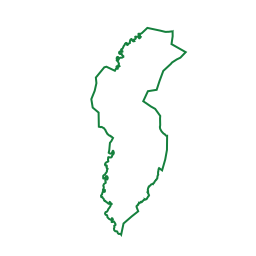 the district of Orxon, Bulgan, Mongolia, rotated 105°
{"feature_id": "93677404B53654733143860", "entity_name": "Orxon", "entity_type": "district", "adm_level": 2, "iso_a3": "MNG", "parent_name": "Mongolia", "parent_adm1": "Bulgan", "projection": "equal_earth", "projection_center": [103.912, 48.721], "detail": "fine", "context": "isolated", "style": "outline", "palette": "green", "viewbox_px": 256, "rotation_deg": 105, "n_neighbors": 0, "source": "geoboundaries", "source_scale": "gbopen_adm2", "svg_char_len": 5780}
<svg xmlns="http://www.w3.org/2000/svg" viewBox="0 0 256 256"><g transform="rotate(105 128 128)"><path d="M205.8,96.6L201.9,99.4L201.2,99.5L200.6,99.2L200.5,98.9L200.3,98.8L199.9,98.5L199.3,98.6L199.1,98.2L198.5,98.2L198.0,98.0L197.7,98.0L197.6,97.7L197.4,97.8L197.4,97.3L196.6,96.9L196.5,96.6L196.3,96.5L196.3,96.4L196.2,96.4L196.2,96.2L195.9,96.1L195.9,95.8L196.0,95.6L195.7,95.3L195.2,95.3L194.9,94.9L193.4,94.2L193.3,93.8L193.0,93.3L192.8,93.1L192.6,93.2L192.7,92.9L192.6,92.6L192.2,92.4L192.1,91.9L191.4,91.5L191.2,91.3L190.5,91.3L189.4,90.9L189.1,90.9L188.7,90.5L187.5,90.3L187.3,90.6L186.8,90.8L186.1,91.6L185.9,91.5L185.2,91.8L184.9,92.2L184.6,92.2L184.6,92.4L184.2,92.2L183.8,92.3L183.7,92.5L183.4,92.4L183.1,92.6L182.6,92.9L180.7,93.0L179.7,92.6L179.2,92.8L178.6,92.4L178.3,92.0L177.8,91.6L177.6,91.6L176.9,91.2L176.4,90.9L176.3,90.6L176.0,90.2L175.3,89.6L175.2,89.3L175.3,89.2L174.7,89.0L174.0,88.5L173.3,88.5L172.1,88.1L171.3,87.6L170.8,87.6L170.5,87.2L169.7,87.0L169.3,86.7L168.7,86.7L168.2,86.8L167.9,87.0L167.6,86.9L166.8,87.0L166.0,87.0L165.7,86.8L165.3,86.7L164.7,87.0L163.6,87.4L163.2,87.4L162.3,87.6L161.7,87.5L160.6,87.8L160.0,87.6L159.1,87.8L158.7,87.6L160.1,84.1L148.8,83.9L139.1,84.7L125.4,88.2L125.6,88.7L125.6,89.1L125.1,90.1L124.5,90.9L124.2,92.2L122.6,94.7L120.5,96.7L118.7,97.5L117.9,97.5L116.7,97.7L110.5,99.5L108.0,100.0L102.5,106.7L101.3,111.4L98.2,120.2L87.3,118.3L83.7,110.2L74.4,109.7L63.7,108.7L55.2,103.3L53.3,102.4L49.2,98.7L46.5,95.6L39.8,91.9L35.7,107.7L27.9,108.6L23.2,109.9L23.5,110.2L23.4,110.9L24.5,113.5L25.5,116.8L25.6,121.9L26.3,135.2L32.8,139.2L33.5,140.0L34.1,140.5L34.2,141.0L34.0,141.7L34.3,142.2L34.6,142.2L35.5,141.8L35.6,141.3L35.5,140.5L35.6,140.4L35.9,140.3L36.4,140.6L36.9,140.6L37.1,140.0L36.8,139.5L36.8,139.3L37.3,139.4L38.2,140.0L38.4,140.2L38.4,140.5L37.4,141.6L37.3,142.1L37.4,142.7L37.7,143.3L37.7,144.1L37.8,144.4L38.0,144.6L38.3,144.5L38.6,144.3L38.7,143.9L38.9,143.8L39.6,143.7L40.0,143.9L40.6,144.4L40.8,144.7L40.9,145.0L41.3,145.3L41.6,145.2L42.5,144.4L42.9,145.2L42.7,145.9L42.3,146.6L41.3,147.4L41.2,147.5L41.2,147.8L41.9,148.4L42.7,148.6L44.3,148.5L45.4,148.2L45.9,148.8L46.4,149.2L47.9,149.9L48.0,150.2L47.7,150.6L47.2,150.7L46.4,151.1L46.3,151.3L46.3,151.8L46.5,152.1L47.6,152.7L48.8,152.8L49.7,153.3L52.7,153.8L53.1,154.0L53.4,154.6L53.9,154.9L54.2,154.9L54.6,154.7L54.8,154.3L55.3,153.2L55.7,153.1L56.1,153.6L56.4,154.5L56.0,155.1L56.1,155.5L56.8,156.1L57.6,156.1L58.2,155.8L58.5,155.2L58.5,154.4L58.2,153.5L58.2,153.1L59.1,152.6L59.8,151.1L60.5,150.9L61.7,152.1L61.9,153.1L62.5,154.2L63.0,154.5L64.4,154.8L64.7,154.9L64.7,155.1L63.9,155.6L62.5,155.5L62.1,155.8L62.0,156.1L62.1,156.6L62.5,156.9L62.8,157.0L63.6,157.0L64.1,156.8L64.8,156.4L65.6,156.4L66.5,154.9L67.2,154.2L68.2,153.4L69.4,153.5L69.6,153.4L69.8,152.8L70.5,152.2L70.7,152.4L71.6,153.2L71.6,153.7L71.1,154.5L71.4,154.9L71.8,155.0L72.4,154.7L72.5,154.5L72.6,154.1L72.4,153.5L72.8,153.3L73.4,153.3L73.6,153.7L73.7,154.5L73.9,155.0L76.1,155.5L74.4,164.7L75.5,166.6L87.6,172.1L92.9,170.1L100.7,169.8L109.6,170.9L117.4,167.4L120.7,160.4L134.3,156.5L134.2,154.5L133.9,154.2L133.9,153.6L133.9,153.1L134.3,152.0L134.3,151.5L134.6,150.9L135.4,150.0L135.9,149.2L136.5,148.9L136.9,148.4L137.8,147.7L138.0,147.3L138.4,147.1L139.2,146.2L139.3,145.8L139.3,145.6L139.7,145.2L139.8,144.8L140.2,143.9L140.1,143.7L140.1,143.0L140.6,142.5L140.5,142.1L140.7,141.7L140.8,141.3L141.0,140.8L141.3,140.4L141.5,139.9L145.0,140.7L147.0,141.6L153.4,140.5L154.9,140.3L156.6,140.3L156.9,140.2L157.3,138.9L157.2,138.1L157.0,137.6L156.5,137.3L155.8,137.0L154.4,136.9L154.0,136.7L153.9,136.6L154.0,136.3L154.3,136.0L154.7,135.8L155.5,135.3L156.4,135.2L156.9,135.3L158.7,136.2L159.4,136.1L160.3,136.3L160.7,136.6L161.0,137.2L161.2,139.3L161.4,139.5L161.8,139.5L162.3,139.2L163.1,139.3L163.6,139.2L165.3,138.4L165.6,138.6L166.8,140.1L167.9,140.7L168.4,140.8L169.2,140.8L169.7,140.5L170.0,140.2L170.1,139.9L170.1,139.5L169.7,139.2L169.8,138.8L170.6,138.5L171.2,138.6L171.7,138.5L171.9,138.2L172.4,138.0L172.5,137.3L172.7,137.1L173.3,137.4L173.9,137.3L174.5,137.4L175.5,137.1L176.5,137.4L177.0,137.5L177.5,137.9L178.7,138.1L179.4,138.8L180.5,139.5L181.1,139.5L182.0,139.1L182.6,139.1L183.1,138.8L183.1,138.3L183.0,137.9L182.2,137.2L181.4,136.8L180.5,136.7L180.2,136.6L180.0,136.1L180.1,135.7L180.8,135.0L181.3,134.7L181.8,134.6L182.1,134.6L182.3,134.8L182.9,134.7L183.2,134.9L183.3,135.2L183.0,135.6L183.0,135.8L183.1,136.1L183.6,136.4L184.1,136.4L185.1,136.2L185.9,135.5L186.8,135.4L187.6,136.2L188.6,136.8L189.8,136.9L190.3,136.9L190.6,136.5L191.3,136.1L192.6,135.8L193.8,136.2L194.3,136.2L194.5,135.9L194.0,134.5L194.0,134.2L195.3,133.9L195.7,134.1L195.8,134.4L195.0,134.6L194.9,134.7L194.9,135.3L195.1,135.7L195.3,135.8L198.0,136.0L199.0,135.9L200.0,136.5L200.5,136.5L201.6,135.9L201.6,135.4L201.4,134.9L202.0,134.5L202.7,133.2L204.0,132.4L204.4,131.9L204.5,131.7L204.2,131.4L204.2,131.1L204.6,130.7L205.3,129.4L205.4,128.6L206.0,127.7L206.2,126.7L205.6,126.1L205.2,126.1L204.5,126.5L204.2,126.5L204.2,126.3L204.5,125.8L205.1,125.5L205.3,124.5L205.6,124.1L206.8,124.8L208.3,124.8L210.2,125.5L211.3,126.0L212.8,126.2L213.9,126.5L214.5,126.9L215.0,127.8L215.4,128.0L216.7,128.0L217.2,127.5L217.6,127.1L217.6,125.8L218.0,125.4L219.6,124.7L220.7,122.8L221.1,121.0L220.4,120.4L219.3,120.1L219.3,119.9L219.4,119.6L220.2,119.0L220.9,119.5L221.5,119.7L221.9,119.7L223.0,119.4L223.0,119.1L222.8,118.6L222.5,118.3L222.0,117.9L221.9,117.6L222.8,116.4L224.1,115.2L224.9,115.0L225.9,115.9L226.1,116.0L227.1,115.5L227.7,115.4L228.6,115.6L230.2,114.9L230.6,114.3L231.0,113.5L230.7,112.4L230.8,111.6L232.2,110.6L232.5,110.1L232.7,109.6L232.7,109.2L232.3,108.5L232.3,108.2L232.4,107.5L232.8,107.0L221.4,107.6L212.4,101.5L205.8,96.6Z" fill="none" stroke="#15803d" stroke-width="2"/></g></svg>